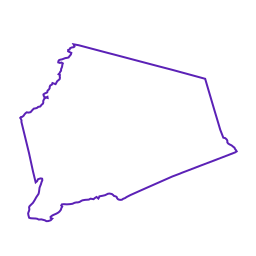 Vargem Grande, Maranhão, Brazil (Robinson projection), rotated 266°
{"feature_id": "56859067B3875589464132", "entity_name": "Vargem Grande", "entity_type": "district", "adm_level": 2, "iso_a3": "BRA", "parent_name": "Brazil", "parent_adm1": "Maranhão", "projection": "robinson", "projection_center": [-43.888, -3.737], "detail": "fine", "context": "isolated", "style": "outline", "palette": "violet", "viewbox_px": 256, "rotation_deg": 266, "n_neighbors": 0, "source": "geoboundaries", "source_scale": "gbopen_adm2", "svg_char_len": 2547}
<svg xmlns="http://www.w3.org/2000/svg" viewBox="0 0 256 256"><g transform="rotate(266 128 128)"><path d="M57.1,114.1L56.8,115.9L57.0,117.2L57.7,118.2L58.3,120.2L59.2,121.7L61.0,125.9L64.4,135.2L67.2,142.9L76.6,169.0L77.1,170.7L78.9,176.7L79.5,178.4L85.6,198.4L90.8,215.6L96.2,233.2L97.1,234.8L98.6,234.0L99.8,233.2L101.0,232.8L102.0,231.6L103.2,230.4L104.0,229.2L104.5,228.2L105.6,226.8L106.7,226.1L108.4,226.2L109.6,225.7L111.1,224.3L111.7,222.4L119.8,219.9L130.6,217.5L139.0,215.6L159.4,211.1L171.7,208.4L182.9,176.3L187.3,163.2L194.4,142.3L202.3,119.1L203.9,114.3L214.0,84.6L215.3,79.5L214.4,79.9L213.0,80.3L212.4,79.4L212.3,77.7L211.7,75.9L210.4,75.2L210.1,73.8L208.7,73.6L207.7,75.2L206.9,76.7L205.4,76.2L204.6,75.5L203.7,74.6L202.5,73.6L202.2,71.7L202.1,70.4L201.7,69.0L201.1,67.1L200.9,65.4L200.6,64.1L199.5,63.2L198.3,63.0L197.7,64.5L197.9,66.2L197.0,67.5L195.7,66.9L194.5,66.7L193.2,66.3L191.5,65.4L189.8,65.2L188.9,64.4L187.5,63.6L186.5,62.5L185.6,63.8L184.6,63.5L182.8,63.6L181.5,63.2L180.8,62.3L179.6,60.6L178.3,59.8L176.8,58.8L177.5,57.2L178.1,55.8L176.6,55.1L175.8,53.4L174.4,52.7L173.4,52.7L172.1,51.9L170.9,50.4L169.2,49.9L168.7,48.7L168.2,47.2L167.4,46.0L166.1,46.1L164.9,46.8L164.1,48.3L163.1,46.6L162.0,45.9L160.8,45.3L159.5,45.3L158.3,44.9L157.2,43.4L155.6,42.0L155.3,39.8L154.6,39.0L154.2,37.9L154.0,36.5L153.9,35.4L152.6,33.9L150.6,31.9L150.3,29.9L150.7,28.0L149.8,26.7L148.7,25.6L147.5,24.7L146.5,23.2L146.4,22.0L145.6,21.2L144.3,21.9L143.0,22.3L141.5,22.1L109.9,27.5L91.3,30.2L80.2,32.1L81.3,33.6L83.1,34.6L83.6,36.2L83.8,37.5L83.4,38.8L81.9,38.9L79.9,37.9L77.9,37.2L76.1,36.3L74.6,35.6L72.6,35.2L71.1,34.9L69.9,34.6L68.6,34.2L66.9,32.9L65.8,32.0L64.5,31.1L62.9,30.1L61.1,28.8L59.9,27.9L58.9,26.7L57.8,25.4L56.7,24.2L55.8,23.8L53.7,23.9L52.3,23.5L50.8,22.8L49.7,22.4L47.8,22.6L45.4,23.1L44.8,24.5L44.6,25.8L44.4,27.3L44.2,29.2L43.8,31.0L42.9,32.6L42.9,35.2L42.1,37.6L41.6,38.9L40.8,40.0L40.7,41.9L41.4,44.5L42.9,46.1L43.6,44.6L44.8,44.6L46.0,46.4L46.5,47.6L47.6,50.7L48.6,52.7L49.6,54.0L51.2,55.4L52.7,55.9L54.2,56.9L55.3,56.0L56.4,56.7L56.5,58.5L56.3,60.2L56.1,61.7L56.1,64.9L56.3,67.4L57.1,69.4L57.4,71.4L57.3,72.8L57.6,74.5L58.3,75.8L59.0,77.4L59.2,79.1L59.3,80.3L59.3,82.6L59.3,83.9L60.1,85.7L59.7,87.4L59.4,88.7L60.3,89.8L61.4,91.8L60.6,92.6L59.7,93.5L60.7,94.2L61.8,94.7L62.0,96.3L62.2,98.1L62.6,100.5L63.8,103.4L63.9,105.0L63.3,107.2L62.3,108.4L61.2,109.3L60.6,111.0L59.9,111.9L58.6,112.3L57.7,113.0L57.1,114.1ZM164.1,48.3L164.7,49.8L163.6,49.9L164.1,48.3Z" fill="none" stroke="#5b21b6" stroke-width="2"/></g></svg>